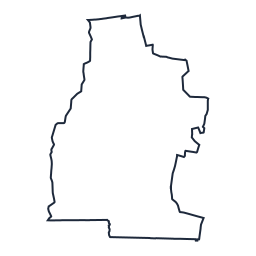 Svitenes pag., Rundales, Latvia (Albers equal-area conic projection)
{"feature_id": "27541924B70987770554483", "entity_name": "Svitenes pag.", "entity_type": "district", "adm_level": 2, "iso_a3": "LVA", "parent_name": "Latvia", "parent_adm1": "Rundales", "projection": "albers", "projection_center": [23.936, 56.379], "detail": "fine", "context": "isolated", "style": "outline", "palette": "slate", "viewbox_px": 256, "rotation_deg": 0, "n_neighbors": 0, "source": "geoboundaries", "source_scale": "gbopen_adm2", "svg_char_len": 5410}
<svg xmlns="http://www.w3.org/2000/svg" viewBox="0 0 256 256"><path d="M199.1,239.3L199.2,239.0L199.4,237.2L200.6,228.5L200.6,228.0L201.0,224.6L201.6,223.1L203.6,218.0L202.5,217.7L201.1,217.3L198.0,216.5L187.7,213.6L184.0,212.6L183.5,212.5L181.4,212.2L180.1,212.1L179.9,212.0L179.7,211.7L179.5,211.1L179.2,210.0L178.6,208.0L178.0,205.6L177.0,203.7L175.9,202.2L172.3,199.3L172.1,198.8L172.0,196.9L171.8,194.7L171.3,192.1L171.1,190.2L171.0,189.7L171.0,187.9L170.8,187.9L170.8,187.4L171.0,187.4L171.0,186.8L171.0,186.7L171.0,186.3L170.9,186.2L171.0,185.9L171.2,184.4L172.5,174.8L172.7,173.4L172.8,173.0L172.9,172.8L173.0,172.4L173.1,172.1L173.2,171.9L173.4,171.4L173.4,171.2L173.5,171.0L173.6,170.6L173.8,170.2L173.9,169.8L174.0,169.4L174.3,168.5L174.6,167.4L174.9,166.5L175.2,165.2L175.3,164.7L175.6,163.3L176.3,159.9L176.6,158.4L176.9,157.0L177.0,156.5L177.0,156.0L177.1,155.5L177.1,155.0L177.6,155.1L181.7,156.3L183.9,157.0L184.8,156.0L184.9,155.8L184.9,154.4L185.0,153.4L185.0,152.6L185.4,150.9L185.5,150.8L186.1,150.9L191.9,151.8L192.1,151.8L196.2,152.5L196.5,152.5L196.7,152.3L196.9,152.1L197.1,151.9L197.3,151.2L198.4,147.5L199.0,145.7L199.3,144.9L196.0,142.2L194.7,141.1L191.8,137.4L192.1,134.5L192.2,134.4L192.0,129.0L198.1,127.5L198.5,128.2L198.8,129.1L199.3,130.2L200.0,132.0L200.3,132.9L200.4,133.1L200.7,133.0L201.9,132.8L203.5,132.6L203.7,132.3L204.3,128.2L202.9,126.8L203.6,125.3L204.2,124.0L204.3,123.7L204.4,123.1L205.0,118.9L205.3,116.0L205.4,115.8L205.7,115.4L206.3,114.4L206.6,114.1L206.7,113.7L207.0,112.7L207.3,111.6L207.8,109.9L207.8,109.4L207.8,108.4L207.8,107.3L207.8,105.2L207.8,101.5L207.8,101.1L207.8,100.6L208.0,99.8L208.1,98.8L208.2,98.6L207.3,98.1L206.4,97.7L205.9,97.5L205.3,97.4L204.4,97.2L202.0,97.2L200.6,97.1L199.7,97.1L197.6,97.0L195.8,97.0L195.5,97.0L195.2,97.0L194.9,97.0L193.6,96.9L191.5,96.8L190.0,96.7L189.2,96.0L189.0,95.7L184.1,90.7L183.8,90.4L183.5,90.2L183.3,89.8L183.2,89.5L183.2,89.3L183.0,85.6L182.7,80.8L182.4,76.9L182.5,76.7L182.7,76.4L186.6,72.8L188.0,71.5L188.6,71.0L187.6,65.9L186.6,61.0L186.6,60.8L186.5,60.7L186.3,60.5L185.7,60.1L185.1,59.6L184.9,59.8L184.5,60.1L182.9,59.9L174.8,58.9L172.4,58.6L168.7,57.6L168.4,57.6L168.1,57.5L167.7,57.4L166.4,56.8L164.2,56.7L162.6,56.7L162.0,56.6L161.1,56.5L160.5,56.6L160.3,56.5L159.8,56.3L158.1,55.5L157.4,55.2L153.2,53.5L153.1,53.4L153.0,53.2L152.5,49.8L152.5,49.1L152.8,44.9L152.7,44.7L149.5,45.3L149.2,45.4L148.3,45.5L148.1,45.5L146.6,45.8L146.2,45.9L145.9,44.6L145.2,41.8L143.9,36.7L143.7,36.8L141.9,29.7L141.0,25.9L140.7,24.7L139.9,15.4L139.5,15.7L139.0,15.8L137.8,15.8L137.5,15.9L136.5,16.1L135.6,16.3L132.6,16.9L131.3,17.2L129.8,17.5L128.3,17.7L127.7,17.7L125.8,17.5L122.8,18.1L121.6,18.4L121.6,18.1L121.8,17.7L122.2,17.4L122.5,17.3L123.0,17.4L123.3,17.4L123.7,17.2L124.3,16.8L125.1,16.5L125.2,16.4L125.2,15.9L125.1,15.5L121.1,16.1L117.8,16.5L115.3,16.9L112.0,17.4L110.5,17.6L107.6,18.0L107.2,18.1L106.2,18.3L105.4,18.4L102.9,18.7L101.8,18.9L100.7,19.0L98.6,19.3L97.5,19.4L95.3,19.6L94.6,19.6L94.2,19.6L93.3,19.7L92.1,19.8L90.2,19.9L89.0,20.0L88.0,20.0L87.9,20.0L89.9,22.5L90.4,26.2L90.5,27.1L90.5,27.5L90.5,27.9L90.4,28.4L89.7,30.1L89.2,31.3L89.0,32.1L89.0,32.7L89.3,33.4L90.8,36.7L91.5,38.4L91.7,38.9L91.9,39.4L91.9,39.5L91.3,40.5L90.5,42.0L90.4,45.0L90.3,49.8L90.2,52.6L90.2,57.3L90.1,59.2L90.1,60.4L90.0,60.8L89.8,61.0L89.7,61.2L88.1,62.1L86.9,62.7L84.9,63.5L84.0,64.0L83.8,64.1L83.7,65.9L83.5,68.1L83.3,70.9L83.3,71.8L83.4,72.5L83.5,72.8L83.6,73.6L83.8,75.2L84.4,79.1L84.4,80.0L83.2,82.0L81.7,84.4L81.4,88.7L81.2,91.2L81.2,91.3L80.5,91.8L79.8,92.2L78.3,93.1L77.2,93.8L76.0,95.0L74.3,96.7L73.1,97.9L72.1,98.8L71.7,99.3L71.5,99.6L71.4,99.9L71.3,100.8L71.2,102.6L70.7,108.5L65.9,115.8L65.6,117.0L64.9,121.5L64.6,122.5L64.1,123.0L63.8,123.1L58.3,123.1L57.8,123.2L57.4,123.4L57.1,123.6L56.3,124.3L55.6,124.9L55.2,126.3L52.4,135.6L51.8,137.4L52.0,138.7L52.5,141.0L52.6,141.4L52.7,141.6L53.4,143.2L53.9,144.1L53.9,144.3L54.0,144.5L53.9,144.8L53.8,145.1L51.7,148.9L51.4,149.3L51.4,149.5L51.4,150.0L51.4,150.4L51.5,151.0L51.6,151.4L51.7,151.9L51.5,152.2L51.5,152.4L51.0,153.2L50.5,154.1L50.4,154.4L50.3,154.7L50.3,154.9L50.4,155.2L50.5,155.5L50.6,156.2L51.0,157.7L51.4,159.5L51.7,161.1L51.7,161.8L51.8,163.0L51.8,163.8L51.8,164.0L51.8,164.7L51.7,165.7L51.6,167.3L51.5,168.6L51.4,169.5L51.3,170.4L51.1,173.4L51.1,173.9L51.0,174.4L50.9,176.1L50.8,177.1L50.8,177.5L50.8,177.9L50.9,178.2L51.1,178.8L51.6,180.0L52.1,181.4L52.4,182.7L52.7,191.5L52.8,193.1L54.0,198.6L54.6,202.0L54.1,202.7L48.9,206.3L48.7,206.4L48.2,208.7L48.3,209.3L48.9,211.6L49.2,212.1L51.1,216.0L51.2,216.4L50.8,216.9L49.3,218.1L48.8,218.8L47.8,220.3L50.5,220.4L52.4,220.4L60.7,220.3L62.2,220.2L62.4,220.2L76.1,220.2L85.1,220.1L85.4,220.2L89.5,220.2L89.9,220.1L99.5,220.0L106.8,219.9L107.1,219.9L107.2,220.1L107.7,220.5L108.7,221.1L108.8,221.2L108.9,221.8L108.8,222.3L108.9,222.9L109.0,223.2L109.6,223.7L109.7,223.9L109.8,224.4L109.8,224.7L109.7,224.8L109.4,225.1L108.8,225.4L108.8,225.5L108.7,225.6L108.7,225.8L109.0,226.7L109.0,227.0L108.8,227.6L109.3,228.5L109.6,229.1L109.6,229.5L109.6,230.0L109.4,231.5L109.0,232.0L108.8,232.4L108.9,233.4L109.1,235.1L110.0,237.0L110.3,237.1L118.9,237.3L127.6,237.5L140.6,237.8L149.8,238.0L150.0,238.1L150.5,238.2L155.5,238.4L155.9,238.2L173.3,238.7L173.9,238.8L180.3,238.8L183.5,238.9L186.9,239.0L195.6,239.2L195.8,240.6L197.4,240.6L197.6,239.3L199.1,239.3Z" fill="none" stroke="#1e293b" stroke-width="2"/></svg>